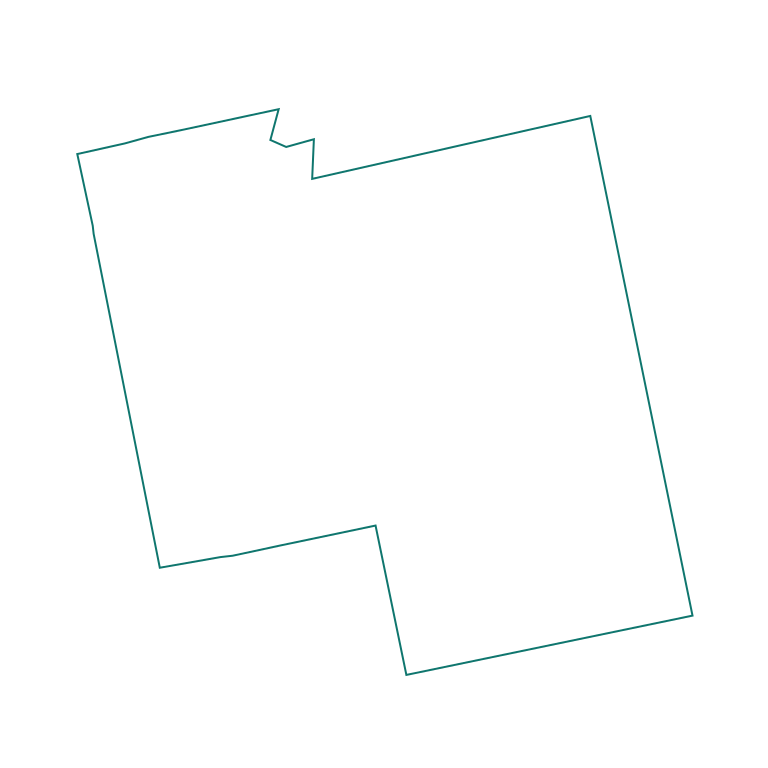 Owen, Indiana, United States of America (Robinson projection), rotated 258°
{"feature_id": "52423323B55669324788412", "entity_name": "Owen", "entity_type": "district", "adm_level": 2, "iso_a3": "USA", "parent_name": "United States of America", "parent_adm1": "Indiana", "projection": "robinson", "projection_center": [-86.781, 39.32], "detail": "fine", "context": "isolated", "style": "outline", "palette": "teal", "viewbox_px": 768, "rotation_deg": 258, "n_neighbors": 0, "source": "geoboundaries", "source_scale": "gbopen_adm2", "svg_char_len": 404}
<svg xmlns="http://www.w3.org/2000/svg" viewBox="0 0 768 768"><g transform="rotate(258 384 384)"><path d="M250.9,126.5L248.7,188.0L247.5,200.2L247.6,249.5L247.3,346.3L94.8,345.4L93.3,637.6L603.3,641.5L599.6,356.4L638.0,366.3L636.2,337.6L646.3,323.6L674.7,338.1L674.5,238.8L674.7,204.9L673.2,180.5L672.7,131.8L599.4,132.0L591.2,131.2L250.9,126.5Z" fill="none" stroke="#0f766e" stroke-width="2"/></g></svg>